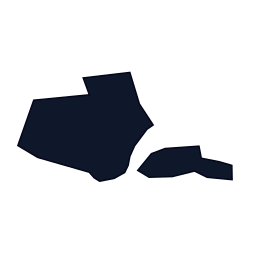 Liepāja, Robinson projection, rotated 275°
{"feature_id": "LVA-4848", "entity_name": "Liepāja", "entity_type": "Republican City", "adm_level": 1, "iso_a3": "LVA", "parent_name": "Latvia", "parent_adm1": "", "projection": "robinson", "projection_center": [21.027, 56.53], "detail": "fine", "context": "isolated", "style": "filled", "palette": "ink", "viewbox_px": 256, "rotation_deg": 275, "n_neighbors": 0, "source": "natural_earth", "source_scale": "10m", "svg_char_len": 521}
<svg xmlns="http://www.w3.org/2000/svg" viewBox="0 0 256 256"><g transform="rotate(275 128 128)"><path d="M133.2,152.8L128.4,147.0L110.8,136.1L99.8,132.3L90.8,131.4L83.4,128.6L76.6,118.6L72.5,104.4L75.4,98.7L80.6,93.2L90.8,40.7L100.9,19.8L147.5,31.7L157.7,86.6L174.0,79.0L183.5,125.0L153.0,137.2L133.2,152.8ZM85.6,236.2L85.8,211.1L90.9,198.0L83.5,176.5L80.8,153.3L86.6,141.4L104.5,153.6L110.8,166.8L116.1,200.3L104.3,203.6L102.3,222.0L99.8,234.7L85.6,236.2Z" fill="#0f172a" stroke="#020617" stroke-width="1.5"/></g></svg>